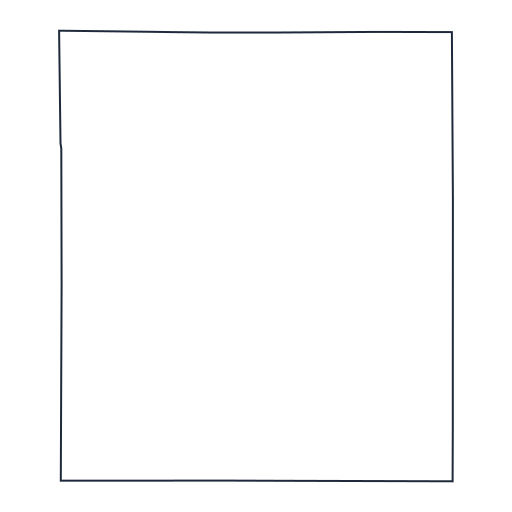 Tippecanoe, Indiana, United States of America (Albers equal-area conic projection)
{"feature_id": "52423323B85350878130574", "entity_name": "Tippecanoe", "entity_type": "district", "adm_level": 2, "iso_a3": "USA", "parent_name": "United States of America", "parent_adm1": "Indiana", "projection": "albers", "projection_center": [-86.889, 40.389], "detail": "fine", "context": "isolated", "style": "outline", "palette": "slate", "viewbox_px": 512, "rotation_deg": 0, "n_neighbors": 0, "source": "geoboundaries", "source_scale": "gbopen_adm2", "svg_char_len": 331}
<svg xmlns="http://www.w3.org/2000/svg" viewBox="0 0 512 512"><path d="M452.6,481.3L452.8,424.6L452.8,369.0L452.9,199.7L451.9,32.1L377.3,31.9L281.4,32.5L207.9,32.5L170.8,32.1L151.5,31.8L59.1,30.7L60.5,143.4L61.3,148.5L61.6,284.5L60.8,480.7L227.8,480.6L283.5,480.8L452.6,481.3Z" fill="none" stroke="#1e293b" stroke-width="2"/></svg>